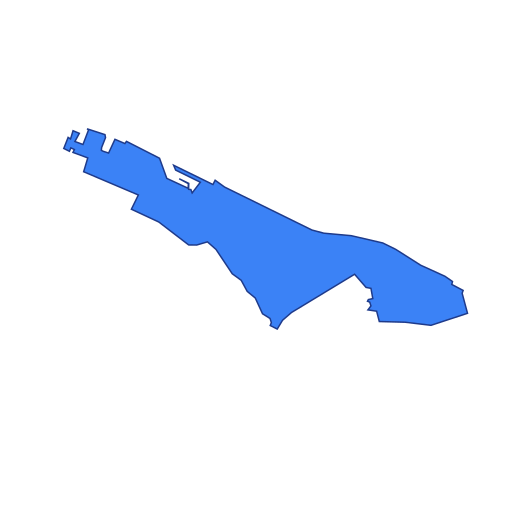 outline of North Inner City Lea-7, Dublin, Ireland, rotated 201°
{"feature_id": "5873133B14640921830681", "entity_name": "North Inner City Lea-7", "entity_type": "district", "adm_level": 2, "iso_a3": "IRL", "parent_name": "Ireland", "parent_adm1": "Dublin", "projection": "natural_earth1", "projection_center": [-6.235, 53.356], "detail": "fine", "context": "isolated", "style": "filled", "palette": "blue", "viewbox_px": 512, "rotation_deg": 201, "n_neighbors": 0, "source": "geoboundaries", "source_scale": "gbopen_adm2", "svg_char_len": 1158}
<svg xmlns="http://www.w3.org/2000/svg" viewBox="0 0 512 512"><g transform="rotate(201 256 256)"><path d="M321.3,312.1L321.8,307.3L365.4,311.2L361.8,307.4L334.4,304.9L338.2,292.0L340.6,294.7L342.8,294.1L344.8,299.7L355.4,300.6L345.1,299.3L343.6,294.9L367.1,296.5L381.1,312.7L418.0,316.6L418.7,314.0L429.5,314.4L430.5,299.3L436.2,299.0L438.2,299.2L439.0,301.9L438.9,312.6L440.5,315.2L459.3,314.2L457.5,313.7L457.5,298.1L466.1,298.0L464.9,307.2L471.7,307.4L471.1,298.8L473.9,299.4L474.0,287.5L467.7,286.9L467.6,290.6L463.7,290.3L464.0,287.1L448.2,287.3L447.1,272.9L387.7,270.8L389.1,255.0L359.0,252.9L322.8,242.2L315.3,245.0L306.4,251.8L295.7,247.8L271.8,230.9L261.1,228.0L251.5,219.8L241.6,216.5L229.2,204.4L220.5,202.7L217.8,199.3L217.8,196.2L210.0,195.4L208.2,205.5L202.6,216.0L157.4,274.3L142.0,266.1L137.1,267.0L131.7,258.1L135.5,255.6L135.7,253.7L133.3,253.7L130.8,250.6L132.2,245.8L123.6,247.7L117.4,239.0L93.1,247.6L67.8,254.0L38.0,278.3L50.2,295.1L50.3,298.1L63.0,299.6L63.4,302.6L72.4,304.8L98.9,306.4L128.1,312.3L142.3,313.6L174.4,309.1L200.9,301.6L213.1,300.3L310.0,309.1L321.3,312.1Z" fill="#3b82f6" stroke="#1e3a8a" stroke-width="1.5"/></g></svg>